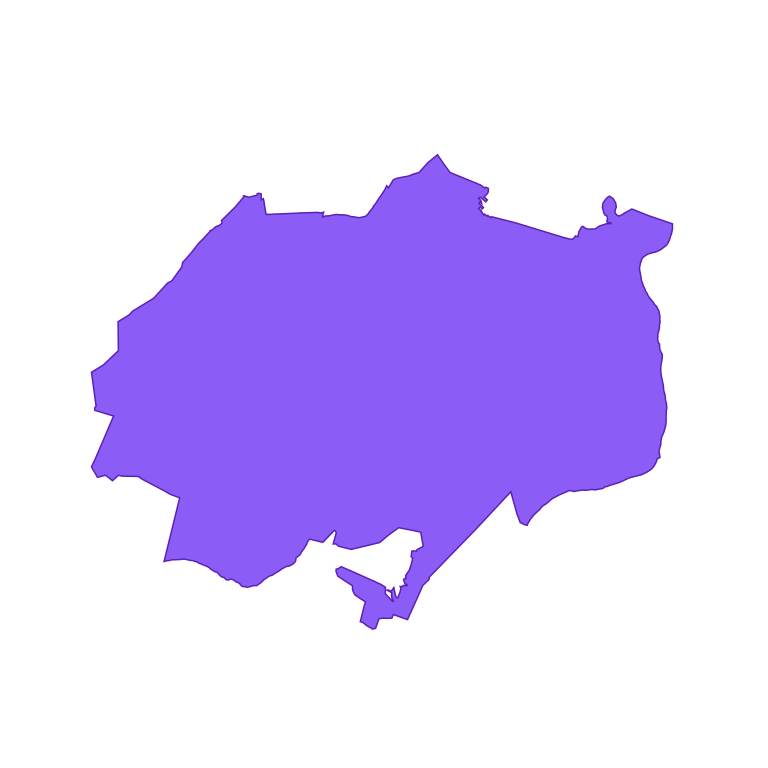 San Fernando, Chiapas, Mexico, rotated 105°
{"feature_id": "50627088B48755105590570", "entity_name": "San Fernando", "entity_type": "district", "adm_level": 2, "iso_a3": "MEX", "parent_name": "Mexico", "parent_adm1": "Chiapas", "projection": "mercator", "projection_center": [-93.215, 16.914], "detail": "fine", "context": "isolated", "style": "filled", "palette": "violet", "viewbox_px": 768, "rotation_deg": 105, "n_neighbors": 0, "source": "geoboundaries", "source_scale": "gbopen_adm2", "svg_char_len": 6158}
<svg xmlns="http://www.w3.org/2000/svg" viewBox="0 0 768 768"><g transform="rotate(105 384 384)"><path d="M612.4,550.5L611.7,549.3L611.1,548.5L610.0,545.4L609.0,544.1L606.3,535.5L605.0,532.3L604.7,530.5L604.5,525.2L604.0,522.6L604.3,521.1L604.2,518.6L604.9,516.8L606.0,507.5L606.8,504.9L607.9,503.1L608.3,501.0L609.0,499.4L609.1,497.0L609.3,495.9L610.7,494.1L611.8,492.2L612.4,490.5L612.4,488.3L614.0,485.6L613.5,483.2L612.2,482.0L612.0,480.2L612.4,477.9L613.4,475.7L613.6,473.7L614.0,472.1L616.0,469.3L616.2,467.5L615.8,465.9L615.8,463.6L614.5,461.1L612.5,457.9L611.8,454.9L607.4,451.2L604.1,449.3L599.4,445.3L597.4,442.2L595.3,440.5L591.9,437.1L589.0,434.8L585.5,431.0L584.4,428.4L582.9,426.9L581.1,425.0L578.8,423.8L576.9,423.6L575.8,423.9L574.6,424.0L573.1,422.7L570.9,421.1L569.1,420.5L567.4,420.1L562.8,418.3L561.6,418.2L559.4,417.3L556.3,417.1L553.1,415.7L552.8,402.1L538.4,394.2L538.4,393.1L540.1,391.6L551.7,391.7L550.9,389.2L552.5,385.7L552.2,372.8L538.3,347.2L528.7,340.5L519.0,332.6L518.1,319.7L517.6,310.2L530.7,304.1L535.4,309.2L537.3,309.6L537.3,311.7L538.3,313.9L543.9,313.0L544.9,311.2L551.4,311.0L557.3,311.4L563.3,313.5L566.3,312.5L566.6,313.7L567.0,313.9L567.6,314.5L568.1,314.5L570.4,312.8L571.4,312.2L571.8,311.3L571.6,310.0L571.7,309.9L572.3,309.9L572.9,309.7L573.6,313.3L574.9,313.7L575.3,316.0L577.5,314.6L578.7,314.8L581.1,314.7L587.0,315.4L586.8,317.1L582.9,319.4L578.1,321.8L581.9,323.3L582.4,324.1L581.9,325.8L582.2,328.2L583.6,322.7L588.1,321.4L591.3,318.7L591.8,319.4L586.3,328.4L582.9,329.2L579.9,330.0L578.4,335.0L577.4,340.9L576.9,342.6L576.9,344.0L574.0,361.7L571.5,378.2L573.9,380.0L575.3,382.3L577.5,381.8L581.6,378.9L587.1,362.2L589.9,361.5L591.8,360.6L595.2,357.6L597.6,350.8L599.2,345.5L602.7,345.7L619.7,345.4L619.8,342.9L622.1,337.5L622.9,333.9L623.8,331.9L622.2,328.9L612.2,328.1L610.7,325.3L609.7,320.8L608.2,315.8L604.3,315.3L605.5,300.3L568.4,294.3L562.2,290.5L560.6,289.8L559.3,290.5L501.1,258.0L455.3,233.6L475.0,222.0L482.7,216.5L482.7,214.1L483.3,213.4L483.5,211.9L483.4,209.1L481.3,208.9L476.2,207.4L471.4,205.2L468.5,203.4L465.1,201.2L461.2,199.5L457.3,196.0L451.5,192.1L446.0,186.3L438.8,177.2L438.6,172.3L437.4,170.2L435.3,165.3L434.8,163.9L434.5,161.7L434.1,160.5L433.2,158.7L432.9,157.6L432.1,156.1L431.6,152.5L431.4,152.0L430.3,150.1L428.4,145.9L427.4,144.8L426.4,144.4L426.1,143.8L425.4,142.2L423.2,139.3L422.2,137.5L417.6,130.4L412.1,123.9L410.3,121.4L409.7,120.1L407.9,117.1L407.2,115.6L406.4,114.4L405.3,112.3L404.2,110.8L400.8,107.0L397.7,104.2L394.8,102.5L391.4,101.4L388.3,100.8L385.6,100.8L383.6,98.4L377.6,101.0L373.6,101.1L370.6,100.9L369.0,101.5L364.1,102.1L358.0,101.2L353.0,101.1L349.5,101.3L348.4,101.6L347.1,101.8L342.3,103.1L337.1,104.3L333.8,104.7L329.6,106.2L328.5,106.8L327.4,107.6L326.4,108.1L324.2,108.7L322.8,109.5L322.0,109.7L319.9,110.8L319.3,111.3L317.5,112.3L315.8,112.8L312.1,114.3L306.9,116.9L306.3,117.4L301.2,119.5L298.2,120.5L294.1,121.4L289.9,121.6L284.9,122.3L284.2,122.7L283.1,123.1L281.6,124.6L279.3,126.5L276.8,127.4L275.3,127.8L274.2,128.2L273.3,129.3L272.1,130.2L269.5,131.5L267.7,131.5L266.9,132.0L264.3,132.4L263.1,132.4L262.2,132.3L260.7,132.4L258.4,132.5L257.3,132.7L256.7,133.0L255.3,133.3L254.0,133.2L252.4,133.4L250.0,134.4L247.1,134.9L246.0,135.6L245.6,136.0L244.6,136.2L243.5,136.9L242.6,137.2L241.5,138.0L240.6,139.2L239.8,139.9L238.7,140.4L238.7,140.6L237.0,143.5L235.9,144.4L231.4,150.6L230.4,151.7L229.0,152.9L228.2,153.4L226.5,155.6L224.7,156.6L223.3,157.9L220.8,159.8L220.1,160.2L219.8,160.2L218.1,161.6L216.4,162.6L214.4,163.3L213.9,163.6L210.2,165.3L208.3,166.3L205.9,167.2L202.0,167.5L199.5,167.5L196.1,167.2L194.7,166.7L191.9,164.4L190.1,162.5L189.3,161.5L188.7,160.2L187.7,158.8L186.5,156.2L184.7,153.9L182.3,151.2L177.1,147.3L175.5,146.6L173.8,146.0L170.9,145.6L166.0,145.4L164.2,145.2L159.9,145.4L154.6,146.8L152.9,172.3L150.8,189.9L154.5,193.6L156.6,196.0L158.9,197.9L160.8,200.2L160.6,202.9L158.7,205.3L156.1,205.7L153.0,205.4L149.1,207.1L145.6,210.6L144.2,214.9L146.4,216.8L149.4,218.2L152.7,219.3L157.1,218.7L160.0,216.9L162.1,215.8L163.5,214.3L164.1,212.1L165.4,211.3L166.5,210.9L168.4,211.0L169.7,210.5L170.2,209.2L169.7,207.6L170.2,205.6L171.3,210.1L175.4,216.4L179.8,220.5L179.9,221.3L181.6,227.0L181.4,229.9L180.9,231.0L180.3,232.5L180.6,233.5L181.7,234.0L186.8,235.2L191.5,234.8L191.4,237.4L194.5,238.6L195.9,240.7L196.0,248.3L194.3,297.9L194.6,323.6L195.8,324.2L194.3,327.4L195.2,327.8L193.9,330.8L194.9,331.0L193.4,333.6L192.9,333.5L192.0,335.1L191.4,335.0L189.9,338.2L188.2,336.8L189.5,334.5L189.2,334.2L187.7,333.6L186.5,335.8L185.0,338.9L183.4,338.5L184.2,336.4L181.4,338.1L180.8,339.4L180.5,339.9L180.3,340.7L179.1,339.9L178.8,339.1L179.3,337.7L181.7,332.9L179.4,331.8L177.4,335.7L174.7,334.1L172.7,333.2L171.2,333.0L168.0,333.8L167.6,336.6L168.6,337.3L166.8,342.1L162.6,375.0L155.9,383.3L148.7,391.7L149.8,392.4L158.8,398.9L170.5,404.8L173.7,410.0L176.6,413.8L181.0,422.9L182.3,425.2L183.9,427.4L184.9,428.0L193.4,430.5L191.8,432.7L196.1,433.5L199.3,434.6L201.6,435.2L205.5,436.8L211.4,438.6L215.4,440.4L216.2,440.2L220.0,441.9L221.1,442.5L223.9,443.4L226.7,445.1L229.0,449.4L229.9,451.3L230.3,456.4L230.9,459.6L230.5,462.6L230.7,463.1L230.9,466.0L232.3,472.0L232.5,473.9L236.0,481.2L236.9,484.2L238.5,486.4L236.2,486.8L233.7,486.7L235.1,489.4L235.5,492.9L239.7,506.5L240.3,508.9L240.7,509.9L246.3,527.4L248.7,535.4L249.8,537.9L249.6,538.2L250.7,541.7L244.1,544.9L237.6,547.7L236.2,548.6L237.9,550.2L232.1,551.9L232.2,554.4L233.1,555.7L234.4,555.5L238.6,562.8L238.4,568.1L238.6,568.3L238.9,567.6L251.1,573.3L263.5,580.5L268.1,583.3L269.5,582.4L270.2,582.3L271.1,582.4L273.2,583.9L275.5,587.1L279.1,589.5L281.1,591.6L281.3,591.2L283.4,592.5L290.2,596.0L295.9,599.4L306.2,603.7L315.8,608.4L318.6,609.9L319.2,610.0L321.3,609.7L323.6,609.7L331.6,612.8L339.2,615.6L342.4,619.1L360.8,628.7L378.7,645.7L383.2,648.0L392.6,657.0L420.6,649.2L438.1,659.9L448.4,669.6L479.8,656.4L482.1,657.3L484.3,656.5L484.9,636.9L530.3,643.4L539.8,645.1L548.3,636.6L544.2,629.4L547.7,621.2L541.0,616.9L540.7,612.8L536.9,597.4L538.6,592.8L543.9,569.2L545.9,561.8L546.8,551.9L612.4,550.5Z" fill="#8b5cf6" stroke="#5b21b6" stroke-width="1.5"/></g></svg>